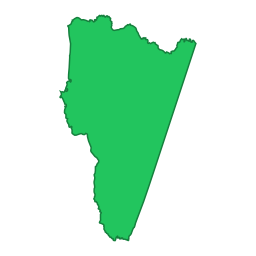 Padilla, Cauca, Colombia
{"feature_id": "7082276B60306197316687", "entity_name": "Padilla", "entity_type": "district", "adm_level": 2, "iso_a3": "COL", "parent_name": "Colombia", "parent_adm1": "Cauca", "projection": "equal_earth", "projection_center": [-76.342, 3.186], "detail": "fine", "context": "isolated", "style": "filled", "palette": "green", "viewbox_px": 256, "rotation_deg": 0, "n_neighbors": 0, "source": "geoboundaries", "source_scale": "gbopen_adm2", "svg_char_len": 5547}
<svg xmlns="http://www.w3.org/2000/svg" viewBox="0 0 256 256"><path d="M128.8,238.9L128.8,236.9L129.2,236.0L130.5,234.8L131.3,233.5L131.6,232.5L132.7,229.5L133.5,227.9L134.2,227.4L134.7,226.2L135.5,223.1L137.0,219.0L143.6,201.5L148.8,186.3L153.4,172.5L195.9,43.5L194.9,42.4L193.8,40.8L193.4,40.4L192.9,40.4L192.5,40.6L192.3,41.8L192.0,42.2L191.3,42.2L191.0,42.1L190.5,39.6L189.9,39.0L189.4,39.2L189.4,41.2L189.1,41.3L188.6,41.0L187.9,40.4L187.0,40.5L186.9,40.4L186.4,38.7L186.1,38.5L185.3,39.4L184.8,41.2L184.2,41.7L184.0,41.2L184.1,40.5L184.5,39.5L184.5,39.2L184.4,39.1L182.3,39.5L181.7,38.8L181.2,39.3L180.5,40.2L179.9,41.7L179.6,42.0L179.2,42.3L178.2,42.3L177.7,42.8L177.5,43.9L176.9,45.5L177.1,46.7L177.0,47.3L176.1,48.2L175.5,49.3L174.6,50.4L173.8,51.1L172.6,51.1L171.2,51.6L171.2,52.1L171.4,52.7L171.3,53.4L171.1,53.6L170.3,53.3L169.5,53.7L169.0,53.1L167.9,52.5L166.6,52.0L166.1,52.4L165.8,53.0L165.5,52.8L165.2,52.9L163.3,51.0L161.9,50.2L159.8,49.7L158.3,48.5L158.0,47.1L158.1,46.4L157.9,45.5L157.0,45.1L156.2,44.4L155.6,44.2L155.0,43.0L155.0,42.7L154.3,42.8L153.7,42.3L153.3,42.3L152.6,42.5L150.6,43.6L149.2,42.8L148.6,43.3L148.2,43.3L147.9,43.1L147.6,42.3L147.6,42.0L148.0,41.2L147.8,40.3L147.5,39.7L146.8,39.6L146.0,39.7L145.8,39.4L145.7,38.8L145.8,38.2L145.7,37.9L144.7,38.4L144.1,37.7L143.9,37.7L143.5,38.0L143.4,38.6L143.1,38.6L142.6,38.2L142.4,38.3L141.9,39.1L141.3,39.0L140.6,38.0L138.8,35.0L138.1,33.0L136.8,31.1L136.1,28.8L135.9,28.2L135.1,27.4L133.1,26.0L131.9,25.5L130.8,25.3L130.5,24.9L130.4,24.3L130.2,24.1L129.6,24.3L128.7,24.9L128.3,25.0L127.7,24.7L127.5,24.8L126.7,25.6L125.4,26.3L124.3,27.8L123.2,28.5L120.3,28.8L119.5,29.4L118.7,29.7L117.4,29.8L114.4,30.4L113.5,30.3L113.0,30.0L112.2,29.2L111.5,28.1L111.2,27.0L111.8,25.4L111.5,24.1L111.5,23.9L111.9,23.7L112.0,23.2L111.6,22.6L111.7,21.7L111.0,21.3L110.3,20.3L110.6,18.4L110.3,18.0L109.6,17.8L109.0,16.6L108.2,16.5L107.8,16.8L107.4,16.8L107.2,15.9L106.8,15.9L106.3,16.1L105.2,17.1L104.8,16.8L103.8,15.4L103.5,15.5L103.3,16.0L102.9,16.4L102.5,16.2L101.9,15.4L101.3,15.5L100.6,16.2L100.4,16.1L99.8,15.5L99.4,15.5L99.1,15.7L98.7,16.4L98.0,16.9L96.9,17.3L96.9,17.6L97.2,18.1L97.2,18.3L96.4,19.3L96.5,19.9L95.9,20.2L95.6,19.7L95.0,19.7L94.6,19.8L94.6,20.3L94.9,20.6L95.0,21.1L94.3,21.3L94.1,21.8L93.7,21.9L92.9,21.3L92.1,20.3L91.8,20.1L91.3,20.3L90.5,19.9L90.0,19.9L89.7,20.3L90.0,20.7L89.9,21.3L89.6,21.6L89.1,21.3L87.7,21.3L86.8,20.7L85.3,20.2L83.4,19.7L81.3,19.9L79.4,18.3L77.8,17.6L76.7,17.6L75.0,18.5L72.9,20.0L72.3,20.2L72.7,21.0L71.8,21.8L71.2,23.8L68.9,25.6L68.1,25.6L67.9,25.8L67.9,26.2L68.6,27.3L68.7,27.8L69.0,33.6L69.2,35.7L70.6,43.7L70.2,52.7L69.9,54.9L69.6,55.8L69.7,56.3L69.7,57.6L69.2,67.7L68.6,74.5L68.5,78.2L68.7,79.0L69.2,79.3L70.3,79.5L70.9,79.8L71.2,80.8L70.8,81.8L70.5,82.0L70.2,81.7L70.0,80.9L69.5,80.7L67.7,81.5L66.7,82.5L66.7,82.9L67.1,83.9L67.1,84.4L67.0,85.2L65.7,88.4L65.8,88.9L65.9,89.1L66.5,89.1L67.4,88.9L67.6,89.7L67.5,90.4L67.1,91.0L66.7,91.3L66.3,91.3L66.0,91.1L65.8,90.3L65.3,90.0L65.0,90.1L64.9,90.8L64.6,91.5L63.8,92.2L62.6,91.8L61.3,92.0L60.7,91.7L61.2,92.7L61.4,94.6L61.3,95.2L60.2,96.6L60.1,97.4L60.4,97.6L61.1,97.0L61.4,97.0L61.8,97.3L63.0,99.2L63.9,101.5L64.1,101.8L64.6,103.0L64.7,104.0L65.3,104.2L65.8,104.2L66.2,104.6L66.3,105.0L66.3,106.2L66.1,106.7L65.7,106.7L65.3,106.1L65.1,106.1L64.9,106.3L64.9,106.7L65.4,107.4L65.4,107.8L64.8,109.4L64.6,110.4L64.5,112.6L64.8,113.3L65.8,114.2L66.0,114.7L65.9,117.3L65.9,117.9L66.2,118.2L67.6,118.7L67.0,120.2L67.0,121.3L68.1,123.6L68.8,124.4L68.9,126.1L69.3,127.1L69.8,127.2L70.1,127.1L70.6,126.7L71.2,126.4L71.5,126.4L71.8,126.8L71.9,127.1L71.4,127.7L71.3,128.2L72.0,129.4L72.1,131.0L72.0,132.8L72.2,133.4L73.0,134.1L73.8,134.5L74.2,135.0L74.8,135.2L76.3,135.1L80.3,133.7L80.9,133.7L81.8,133.7L82.9,134.4L84.2,134.6L84.8,134.4L85.8,133.4L87.2,134.1L87.4,134.6L87.5,136.7L87.8,137.9L88.6,141.0L91.1,147.3L91.1,148.4L90.9,149.6L90.8,150.8L91.1,151.7L94.8,156.3L95.4,156.8L96.7,157.6L98.7,160.5L98.7,161.2L98.5,162.6L97.5,163.3L97.3,163.6L97.2,164.3L96.7,164.9L96.6,165.8L96.1,166.3L95.5,166.5L95.4,166.8L95.4,170.3L95.2,172.3L95.0,173.4L94.2,174.6L94.3,175.8L94.8,177.3L94.8,177.9L94.6,179.4L94.1,181.6L94.1,182.3L94.1,183.0L94.6,185.8L94.7,187.4L94.2,188.7L94.1,191.3L94.3,192.7L95.0,194.2L95.0,194.7L94.9,196.3L94.5,196.7L94.5,197.7L93.9,198.6L94.0,199.2L94.7,199.9L94.8,201.1L95.0,201.6L95.2,201.8L96.1,201.5L96.3,201.6L96.6,202.2L97.1,202.6L97.4,204.1L97.7,204.5L98.0,204.6L98.1,205.3L98.8,206.5L98.8,207.4L98.3,208.4L98.4,208.9L99.0,209.2L99.6,209.2L99.7,209.3L99.8,209.8L100.3,210.5L100.3,210.8L99.9,211.1L99.9,211.7L100.0,211.8L101.2,212.5L101.2,212.9L100.5,214.2L100.5,218.3L100.6,220.2L99.6,222.0L99.5,222.7L99.6,222.9L101.5,223.5L103.5,224.5L104.0,225.5L103.8,226.3L104.2,227.1L104.0,227.9L104.0,229.2L105.1,231.0L105.2,231.9L105.6,232.2L106.0,232.2L106.2,232.6L106.7,233.3L108.0,234.1L108.1,234.7L108.5,235.2L108.8,235.7L109.3,236.0L109.8,237.0L110.1,237.2L111.0,237.2L111.3,237.6L111.3,237.9L111.8,238.3L112.2,238.7L112.5,238.8L112.9,238.6L113.1,238.7L113.3,239.0L113.2,239.9L113.6,240.4L114.4,240.6L115.1,240.6L115.5,239.9L116.2,237.4L116.7,237.0L117.4,236.2L117.7,236.3L117.8,236.8L117.5,237.4L117.6,237.9L117.9,237.9L118.4,237.7L118.9,238.0L119.2,237.6L119.6,237.5L119.8,237.9L119.7,238.7L119.9,238.9L120.5,238.7L121.0,238.9L121.7,237.9L122.2,237.9L122.6,238.1L122.8,238.8L123.1,239.2L124.9,239.2L126.3,239.8L127.1,239.6L127.4,240.2L127.6,240.2L127.9,239.8L128.0,239.8L128.3,240.4L128.6,240.2L128.6,239.2L128.8,238.9Z" fill="#22c55e" stroke="#15803d" stroke-width="1.5"/></svg>